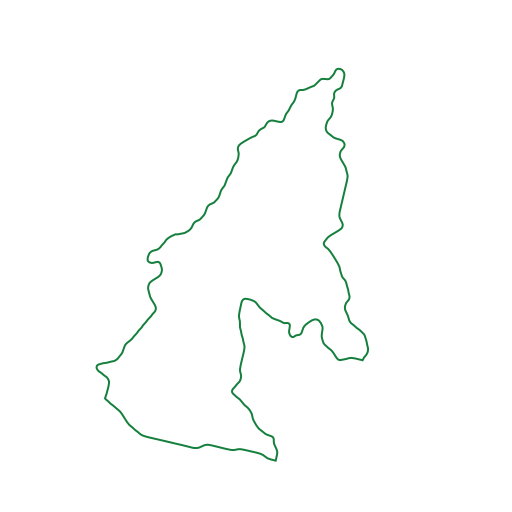 Los Llanos, San Pedro de Macorís, Dominican Republic (Albers equal-area conic projection), rotated 13°
{"feature_id": "3306468B56210487942158", "entity_name": "Los Llanos", "entity_type": "district", "adm_level": 2, "iso_a3": "DOM", "parent_name": "Dominican Republic", "parent_adm1": "San Pedro de Macorís", "projection": "albers", "projection_center": [-69.487, 18.651], "detail": "fine", "context": "isolated", "style": "outline", "palette": "green", "viewbox_px": 512, "rotation_deg": 13, "n_neighbors": 0, "source": "geoboundaries", "source_scale": "gbopen_adm2", "svg_char_len": 6109}
<svg xmlns="http://www.w3.org/2000/svg" viewBox="0 0 512 512"><g transform="rotate(13 256 256)"><path d="M301.5,71.4L301.7,62.7L301.5,60.2L301.0,58.5L300.7,57.9L299.8,56.7L298.7,55.8L298.1,55.4L297.4,55.1L295.9,54.9L294.5,55.0L293.8,55.2L292.6,56.0L292.2,56.5L291.7,57.8L291.1,60.5L290.7,61.8L288.4,66.0L287.5,67.0L286.2,67.6L281.7,68.3L280.3,68.7L279.7,69.1L278.8,70.1L274.9,76.3L274.0,77.3L271.7,78.8L266.6,82.6L264.6,83.6L261.3,84.5L260.2,85.3L259.8,85.9L259.5,86.5L259.1,88.0L258.9,93.7L258.5,96.2L258.1,97.6L256.9,100.2L256.4,101.6L255.1,106.8L253.4,110.7L253.1,112.3L252.6,116.3L252.3,117.8L252.0,118.4L251.5,119.0L250.9,119.5L249.5,120.0L248.0,120.1L243.1,120.2L241.5,120.3L239.9,120.8L238.1,122.0L236.9,123.7L236.4,125.1L235.6,127.7L235.1,128.8L232.2,131.3L230.9,132.9L230.3,134.2L229.3,137.5L228.6,138.6L227.7,139.5L225.9,140.7L224.0,142.2L218.9,146.9L215.9,150.0L214.5,152.1L214.1,153.6L214.1,155.0L214.4,156.4L215.9,159.5L216.3,161.1L216.6,164.5L216.4,167.1L216.0,168.7L214.5,171.9L214.0,173.4L213.6,175.0L213.0,180.1L212.6,181.7L211.1,185.0L210.6,186.4L209.6,194.0L209.1,195.5L207.9,198.0L207.4,199.5L207.1,201.2L206.7,205.4L206.2,207.9L205.2,209.8L203.1,213.3L202.1,214.2L199.5,216.1L198.2,217.7L197.6,219.1L197.4,219.9L196.7,225.8L196.0,228.1L193.3,232.8L192.4,233.8L189.7,235.7L188.4,237.3L187.6,239.3L187.0,242.2L186.5,243.7L185.3,245.8L184.2,247.0L181.8,249.2L180.5,250.0L174.7,252.6L172.6,253.0L168.7,256.0L167.1,257.6L165.7,259.3L164.9,260.5L163.8,263.3L161.7,267.0L160.8,269.0L159.6,270.8L158.0,272.2L154.2,274.2L153.1,275.1L151.8,276.8L151.3,278.3L150.9,281.3L151.1,283.5L151.6,284.9L152.1,285.4L153.4,286.1L155.5,286.3L156.9,286.0L158.2,285.4L160.4,284.2L161.7,283.8L163.0,283.9L164.1,284.6L164.9,285.6L166.6,288.5L167.2,289.8L167.6,291.3L167.6,292.9L167.5,294.5L167.0,296.0L166.2,297.4L165.2,298.6L160.7,303.1L159.2,304.9L158.4,306.2L158.2,307.0L157.9,308.5L157.9,310.1L158.1,311.6L158.6,313.0L162.0,319.5L163.5,321.4L168.5,326.5L169.8,328.4L170.3,329.9L170.3,331.4L170.2,332.1L169.7,333.4L168.3,335.8L167.1,338.6L164.9,342.3L163.7,345.0L161.6,348.8L160.5,351.6L158.4,355.3L157.2,358.1L155.1,361.8L153.8,364.6L152.6,366.4L150.0,369.6L148.7,371.7L148.2,373.9L147.7,378.6L147.3,380.9L144.2,387.4L142.8,389.1L141.1,390.4L138.4,391.6L134.6,393.6L131.1,394.9L127.1,397.1L126.1,398.0L125.8,398.6L125.6,400.0L126.1,401.3L127.4,402.8L128.5,403.6L131.9,404.9L134.5,406.3L137.8,407.7L139.5,409.1L140.8,410.9L141.1,411.6L141.4,413.3L141.6,416.6L141.4,423.6L140.9,428.7L142.0,429.5L145.1,431.1L147.5,432.6L150.9,434.1L154.1,435.8L158.2,437.9L160.8,440.0L167.7,446.8L170.4,449.0L174.4,451.0L177.5,452.8L180.3,454.0L183.5,455.7L185.0,456.2L187.5,456.6L191.0,456.8L227.5,456.9L238.0,457.1L240.9,456.6L242.4,456.1L243.9,455.3L247.3,452.7L248.8,451.7L249.6,451.3L251.3,450.8L253.0,450.6L255.7,450.5L269.5,450.7L275.0,450.6L277.6,450.2L279.2,449.6L282.3,448.2L283.9,447.8L285.7,447.6L289.2,447.5L300.9,447.5L304.5,447.7L306.2,448.0L307.8,448.4L311.7,450.1L313.3,450.6L316.8,450.9L321.2,451.0L321.2,445.3L321.1,443.7L320.8,442.2L319.7,440.0L316.8,436.2L315.9,434.9L315.3,433.5L314.4,430.2L313.6,429.1L313.1,428.7L311.8,428.2L306.7,427.6L305.2,427.2L298.6,424.1L297.2,423.3L294.2,420.7L290.9,417.1L289.5,415.2L287.9,411.8L287.1,410.4L285.5,408.6L283.7,406.9L281.7,405.5L278.3,403.8L272.5,399.4L268.4,397.5L264.4,395.2L263.5,394.3L263.2,393.7L263.0,392.3L263.3,391.0L264.9,388.2L266.2,385.5L268.0,382.4L268.5,381.0L268.7,379.5L268.7,377.9L268.5,376.4L268.0,375.0L266.4,371.8L266.0,370.4L265.8,368.8L265.6,364.6L265.7,352.2L265.5,348.7L265.2,347.0L264.7,345.5L263.0,342.4L261.8,339.6L259.7,335.9L258.5,333.1L256.5,329.2L255.0,323.3L253.5,320.1L253.0,318.6L252.7,316.9L252.5,314.3L252.3,304.7L252.5,303.1L253.1,301.7L253.5,301.1L254.2,300.6L254.8,300.2L256.3,299.9L257.9,299.8L260.4,299.8L263.7,300.3L265.3,300.8L266.7,301.6L271.1,305.2L272.5,306.0L275.2,307.4L278.9,309.5L281.7,310.7L285.5,312.7L288.0,313.2L294.0,313.9L297.8,315.0L298.9,315.0L301.5,314.2L302.7,314.2L303.3,314.4L303.8,314.8L304.3,315.3L304.6,316.0L304.8,317.4L305.1,321.4L305.4,323.0L305.8,323.7L306.6,325.0L307.7,326.1L308.9,326.7L309.6,326.8L310.8,326.4L312.6,324.6L313.0,324.3L315.8,323.1L316.8,322.4L317.2,321.8L317.7,320.4L318.2,315.6L318.7,313.9L319.9,311.7L322.6,308.5L325.0,306.1L327.0,304.8L328.6,304.3L330.1,304.3L330.9,304.4L332.3,305.1L334.2,306.7L335.7,308.5L336.6,309.9L336.9,310.7L337.3,312.3L337.7,317.5L338.2,319.9L339.1,321.9L341.2,325.4L341.6,325.9L342.7,326.8L346.9,329.2L350.3,330.8L351.5,331.6L353.3,333.1L357.3,337.0L358.5,337.9L359.8,338.5L360.5,338.6L361.7,338.4L366.7,336.2L369.8,334.5L371.9,333.8L375.9,333.5L383.3,333.6L384.1,330.6L385.7,327.5L386.1,326.1L386.4,324.6L386.3,322.2L385.9,320.7L384.0,316.9L382.8,314.1L380.0,309.3L379.1,308.2L378.6,307.8L374.5,305.3L373.2,304.6L370.4,303.5L366.7,301.4L364.0,300.2L362.8,299.3L361.3,297.8L359.2,293.9L355.7,289.4L354.8,288.1L354.3,286.6L354.0,285.1L354.2,282.8L354.5,281.3L356.3,277.6L356.5,276.2L356.3,274.7L355.8,273.4L354.5,270.9L353.4,268.2L351.2,264.4L349.9,261.7L349.1,260.6L348.2,259.6L345.4,257.6L344.5,256.7L341.7,252.0L339.8,247.9L338.3,246.0L336.7,244.1L330.9,238.2L327.2,234.8L324.7,232.9L322.1,231.7L320.9,231.0L320.0,230.1L319.4,229.0L319.2,228.4L319.3,227.1L321.2,222.9L322.0,221.5L324.1,219.0L330.2,213.2L332.3,210.9L333.2,209.6L333.5,208.8L333.6,208.1L333.6,206.6L333.4,205.8L332.7,204.5L329.7,200.9L328.8,199.6L328.2,198.1L327.8,196.5L327.6,194.0L327.6,191.5L327.7,162.6L327.6,160.0L327.3,157.6L326.8,156.2L323.4,149.6L321.9,147.8L318.0,143.7L316.4,141.9L315.6,140.6L315.0,139.2L314.8,137.6L314.9,135.3L315.3,133.9L317.2,130.3L317.4,128.8L317.2,127.4L316.9,126.7L316.0,125.6L314.9,124.7L314.3,124.3L312.0,123.8L307.4,123.5L305.1,123.1L298.5,120.0L297.3,119.2L296.3,118.1L295.6,116.9L295.1,115.4L294.9,113.8L294.9,112.2L295.2,109.1L295.7,107.6L297.3,104.5L297.8,103.1L298.1,101.5L298.2,99.2L298.1,96.8L297.8,95.2L297.3,93.9L296.1,91.4L295.7,90.0L295.8,87.9L296.5,85.6L296.6,84.4L296.4,83.3L295.7,81.0L295.6,79.6L295.7,78.9L295.9,78.2L296.5,77.0L297.9,75.5L300.4,73.6L301.0,72.6L301.5,71.4Z" fill="none" stroke="#15803d" stroke-width="2"/></g></svg>